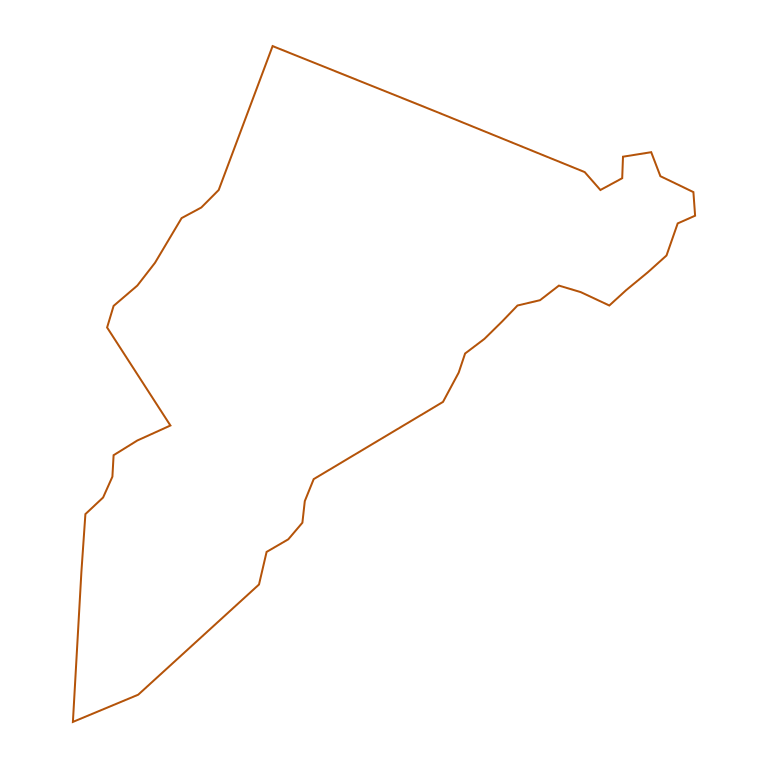 the district of Chã de Alegria, Pernambuco, Brazil
{"feature_id": "56859067B74341974682366", "entity_name": "Chã de Alegria", "entity_type": "district", "adm_level": 2, "iso_a3": "BRA", "parent_name": "Brazil", "parent_adm1": "Pernambuco", "projection": "albers", "projection_center": [-35.213, -8.007], "detail": "fine", "context": "isolated", "style": "outline", "palette": "amber", "viewbox_px": 768, "rotation_deg": 0, "n_neighbors": 0, "source": "geoboundaries", "source_scale": "gbopen_adm2", "svg_char_len": 687}
<svg xmlns="http://www.w3.org/2000/svg" viewBox="0 0 768 768"><path d="M693.4,192.1L660.4,176.2L651.2,152.2L623.0,156.7L622.2,178.2L600.4,190.0L584.7,172.1L433.7,110.7L272.6,46.1L218.7,190.0L201.3,207.5L181.6,218.1L155.0,262.8L137.3,285.6L113.6,305.9L107.1,327.5L170.4,425.5L137.3,440.5L113.6,455.2L112.4,476.7L103.1,497.5L85.4,514.1L81.4,571.9L72.9,721.9L138.2,694.7L259.0,584.5L266.6,551.9L288.3,539.3L302.4,522.7L304.8,501.1L313.7,479.1L443.0,401.9L458.7,372.6L465.1,353.5L484.4,338.9L502.2,321.4L517.5,305.5L540.0,300.2L558.9,285.6L580.7,292.1L609.3,305.5L626.2,290.1L647.9,272.2L666.5,255.5L677.7,223.4L695.1,215.7L693.4,192.1Z" fill="none" stroke="#b45309" stroke-width="2"/></svg>